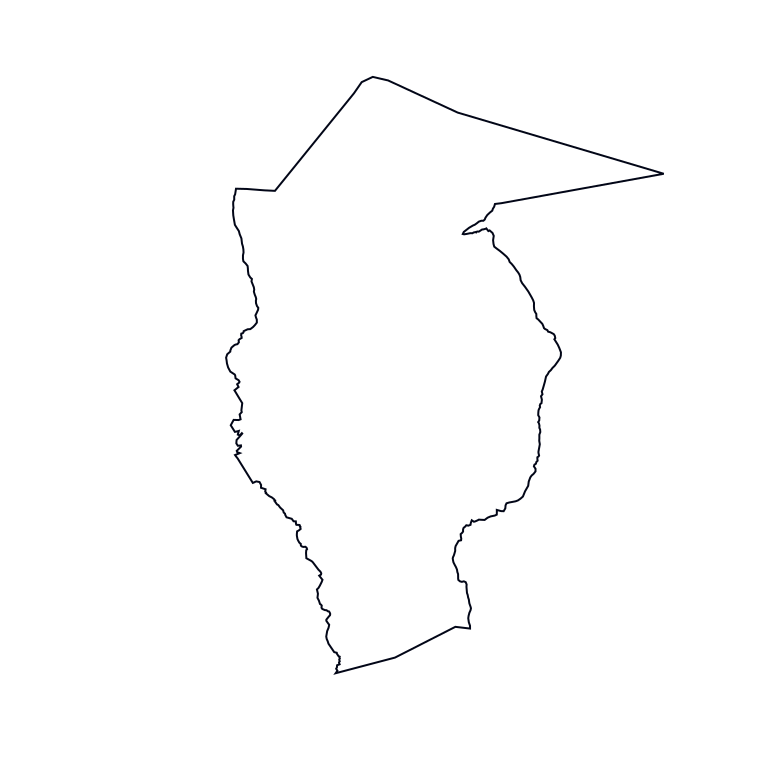 Santa María Ixcatlán, Oaxaca, Mexico, rotated 108°
{"feature_id": "50627088B99322649142684", "entity_name": "Santa María Ixcatlán", "entity_type": "district", "adm_level": 2, "iso_a3": "MEX", "parent_name": "Mexico", "parent_adm1": "Oaxaca", "projection": "mercator", "projection_center": [-97.133, 17.85], "detail": "fine", "context": "isolated", "style": "outline", "palette": "ink", "viewbox_px": 768, "rotation_deg": 108, "n_neighbors": 0, "source": "geoboundaries", "source_scale": "gbopen_adm2", "svg_char_len": 5850}
<svg xmlns="http://www.w3.org/2000/svg" viewBox="0 0 768 768"><g transform="rotate(108 384 384)"><path d="M674.0,340.6L640.8,289.0L592.9,241.1L590.0,226.6L587.3,227.5L584.4,229.7L580.7,231.5L578.4,231.9L575.2,232.1L572.4,231.8L570.4,232.0L568.9,233.0L566.3,235.0L564.7,235.8L562.8,236.7L560.9,238.1L558.8,239.2L557.1,240.5L554.5,241.6L551.4,242.9L549.1,243.5L547.2,245.1L547.0,247.1L548.1,248.8L548.2,250.7L547.4,252.7L546.3,253.3L545.1,253.7L541.9,254.8L540.2,256.1L538.0,257.2L535.9,259.0L534.4,260.6L532.2,262.8L530.3,263.9L528.5,264.8L526.8,264.8L525.7,264.6L524.4,264.6L520.8,264.7L518.1,265.6L516.0,265.8L513.1,265.2L510.1,264.6L508.8,262.4L507.0,262.8L505.7,263.6L503.1,264.7L501.4,263.7L499.9,263.2L498.2,263.8L496.5,263.9L495.3,263.3L494.4,262.6L493.2,262.3L492.8,261.8L492.7,260.1L491.2,258.2L489.5,258.5L486.5,258.4L486.9,257.0L487.2,256.0L486.8,255.2L485.7,253.9L484.6,252.7L483.7,251.9L483.1,249.6L482.2,246.3L479.1,244.1L477.0,241.7L474.9,238.0L473.4,236.4L470.9,237.1L468.9,237.8L468.7,233.4L468.0,230.9L464.8,230.2L461.8,230.9L459.6,230.6L458.0,228.3L456.6,225.7L454.9,222.6L453.3,220.6L450.8,218.7L448.1,217.1L442.5,216.7L436.3,215.4L432.0,216.2L427.6,216.0L425.4,215.3L423.3,214.0L420.3,212.9L417.8,213.7L416.0,216.0L414.2,216.0L412.9,214.9L411.1,215.0L409.5,214.2L407.8,215.0L406.3,215.5L405.1,214.6L404.1,214.4L401.8,215.8L400.6,216.2L398.4,216.5L396.0,216.8L393.1,217.2L390.1,218.8L387.5,219.5L384.2,220.6L381.4,220.5L379.0,221.5L377.7,222.7L375.5,223.3L373.5,224.5L372.6,225.6L370.8,225.1L367.8,225.8L366.0,227.7L363.1,228.5L361.2,228.9L359.7,228.8L357.8,228.4L356.4,229.2L354.6,229.1L353.6,228.3L352.6,228.5L350.1,229.0L347.1,230.9L344.8,230.1L342.4,231.6L340.2,231.4L336.9,231.5L332.0,231.7L326.8,232.2L323.7,231.2L321.6,230.9L319.3,229.6L316.6,228.7L315.3,228.0L313.7,227.2L308.0,225.4L304.6,224.5L302.3,224.6L299.2,225.5L295.6,228.4L292.9,230.9L290.3,234.0L288.8,235.8L287.4,235.3L285.2,236.6L284.1,238.0L283.4,241.7L283.5,244.1L282.3,245.3L281.9,248.0L281.4,249.1L279.4,250.6L277.8,252.1L276.9,253.8L276.0,255.4L274.9,257.4L274.3,259.2L272.6,260.0L270.3,260.8L269.0,262.4L267.2,264.0L263.8,265.4L260.5,266.4L258.3,268.0L256.1,270.2L254.0,272.5L251.4,275.4L248.1,279.8L245.4,283.8L243.1,286.1L240.1,287.5L238.1,289.0L236.4,291.0L234.9,293.3L232.2,296.8L230.4,299.6L229.1,302.2L226.9,303.9L225.0,306.8L223.1,311.2L221.6,315.0L220.3,318.9L219.3,321.6L217.0,323.1L213.5,324.7L209.2,325.4L206.8,327.5L205.3,331.0L206.3,332.0L204.4,334.8L205.0,335.3L206.5,337.7L206.7,338.4L209.8,340.9L210.1,342.2L210.9,343.4L211.3,343.3L211.4,344.2L212.2,345.6L213.3,346.5L213.9,348.6L215.7,351.7L216.9,354.1L217.0,355.4L214.7,355.1L211.3,352.8L209.2,351.4L207.5,349.9L205.8,348.4L204.5,346.9L202.2,345.2L200.3,344.0L198.6,341.8L198.0,339.9L196.4,339.0L194.5,338.9L191.4,338.0L188.1,336.2L185.7,334.6L183.6,334.6L181.4,334.0L178.5,334.1L175.7,328.1L97.6,182.9L103.1,397.8L94.0,474.2L94.1,474.6L95.4,489.6L103.8,498.5L116.8,502.4L234.0,547.4L236.8,557.7L240.9,574.7L244.0,585.1L249.6,584.2L251.7,584.5L255.0,583.4L257.3,583.7L259.6,583.0L261.6,582.2L262.9,581.6L265.5,581.3L270.1,579.5L273.8,577.6L278.7,575.0L280.8,572.5L283.4,569.3L286.2,567.5L289.6,564.6L294.4,562.4L296.8,560.7L299.5,559.3L302.4,558.2L305.2,557.9L308.6,556.8L310.8,555.6L312.1,552.9L313.9,550.2L316.1,549.2L318.5,548.3L321.8,546.7L324.0,544.1L324.9,542.1L326.2,541.9L327.4,541.7L329.8,539.7L332.2,537.7L334.3,536.6L336.4,536.3L339.0,534.5L341.0,532.8L342.6,531.8L344.3,531.6L346.7,530.7L349.1,528.9L350.4,527.1L352.3,526.7L354.0,526.9L356.5,527.2L358.4,527.5L360.3,526.3L362.0,524.9L364.9,523.9L367.9,525.0L370.2,526.1L373.1,528.1L374.1,530.6L375.5,532.1L377.1,533.8L378.3,533.6L379.3,534.0L380.2,535.3L381.9,534.9L382.8,534.2L384.2,533.6L386.1,535.3L387.3,535.8L389.2,534.9L391.4,535.7L392.2,537.1L393.1,538.2L396.5,540.3L399.6,540.5L400.7,540.2L402.5,541.3L404.2,542.3L407.8,542.3L410.2,541.0L413.0,539.7L414.9,538.4L416.4,537.4L416.5,537.3L419.7,534.0L421.1,528.9L421.8,528.2L424.5,526.9L425.3,523.5L426.5,522.1L427.3,522.1L429.6,523.6L431.8,521.4L436.2,524.3L437.9,522.3L443.2,516.2L446.0,512.9L453.1,511.5L454.7,510.6L457.5,511.9L461.9,509.5L463.2,511.1L464.6,515.9L470.6,517.0L475.6,511.0L474.0,508.3L473.5,507.6L477.3,507.4L477.5,505.3L474.7,504.0L475.0,503.5L478.8,505.1L482.8,506.9L486.1,506.1L487.9,503.9L486.6,501.1L487.7,500.6L493.1,503.4L494.2,502.5L494.3,499.8L497.6,503.7L498.5,502.5L500.0,500.2L518.6,478.2L516.1,475.4L515.7,472.1L518.0,469.7L520.7,468.9L520.7,464.1L523.1,463.7L523.7,462.6L524.4,462.7L526.1,458.5L526.5,455.7L527.5,453.0L528.1,452.2L528.7,452.2L528.6,451.4L529.7,451.1L531.6,448.5L531.8,447.1L533.6,444.6L535.3,440.9L537.2,439.7L537.9,438.1L539.2,437.3L540.9,435.5L540.7,430.1L542.5,427.6L541.9,425.4L544.2,424.5L545.0,423.8L544.3,421.3L544.2,420.7L544.7,420.2L545.5,420.0L545.7,419.3L546.5,419.2L547.6,418.5L549.5,419.7L551.0,421.1L553.7,420.5L555.2,420.0L558.2,418.4L559.6,417.1L560.2,416.4L561.0,415.6L561.8,413.7L562.7,413.5L563.5,412.9L563.9,411.9L563.9,410.4L563.1,408.5L563.6,407.1L564.9,406.1L566.1,406.6L568.9,405.9L573.7,404.0L574.6,399.1L575.0,397.6L575.6,396.5L580.9,388.9L582.1,386.5L583.4,385.2L584.7,385.0L585.6,385.8L586.3,386.4L588.5,383.1L589.2,382.0L591.6,382.1L595.6,382.7L598.3,383.3L600.1,384.3L603.9,382.0L607.9,381.2L610.2,378.9L613.0,376.9L613.2,376.0L613.9,374.8L616.1,374.3L617.0,373.2L617.3,370.4L616.9,368.7L617.5,367.2L617.3,366.1L618.1,365.0L619.3,364.1L620.6,363.9L622.4,364.7L625.9,366.0L627.0,365.7L628.0,364.4L629.2,362.8L629.8,361.8L630.7,361.6L633.2,361.4L636.6,361.7L642.0,360.9L644.2,359.7L646.1,358.0L648.1,356.6L654.4,348.5L654.2,345.9L654.9,345.6L655.6,344.8L656.9,343.1L657.0,341.9L658.1,341.8L658.7,341.2L660.1,341.4L661.4,340.4L662.6,340.8L663.2,340.5L664.3,339.6L666.0,341.7L668.1,341.2L669.6,341.5L670.6,340.3L671.1,339.7L674.0,340.6Z" fill="none" stroke="#020617" stroke-width="2"/></g></svg>